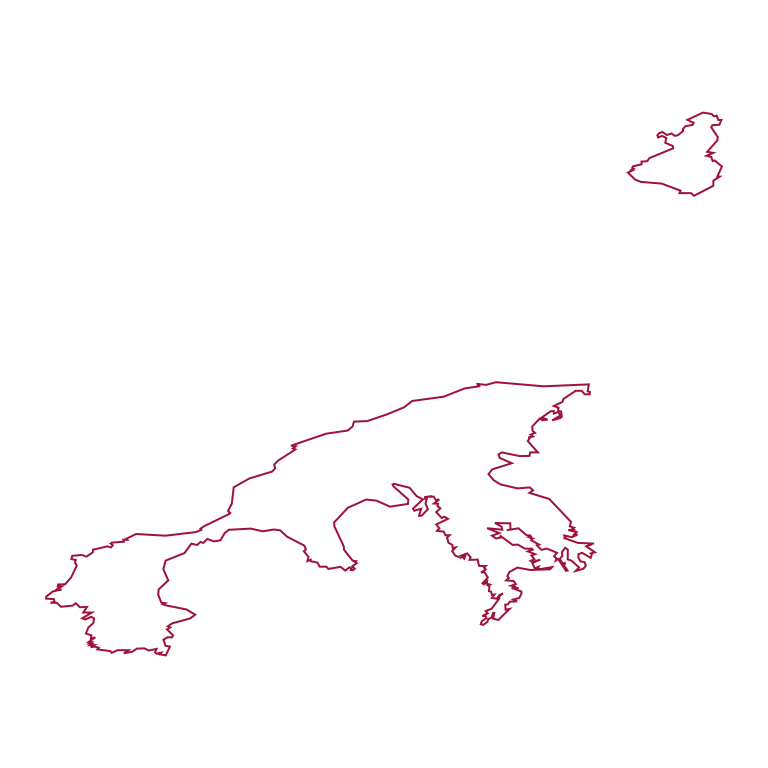 the district of Værøy nor, Norway
{"feature_id": "86288312B52145854471889", "entity_name": "Værøy nor", "entity_type": "district", "adm_level": 2, "iso_a3": "NOR", "parent_name": "Norway", "parent_adm1": "", "projection": "robinson", "projection_center": [12.676, 67.694], "detail": "fine", "context": "isolated", "style": "outline", "palette": "rose", "viewbox_px": 768, "rotation_deg": 0, "n_neighbors": 0, "source": "geoboundaries", "source_scale": "gbopen_adm2", "svg_char_len": 6078}
<svg xmlns="http://www.w3.org/2000/svg" viewBox="0 0 768 768"><path d="M543.3,386.3L496.0,382.2L486.0,384.9L477.5,383.9L478.0,385.9L480.3,386.1L464.8,388.4L443.7,396.7L412.1,401.0L404.3,407.2L387.4,414.2L367.2,421.1L354.0,421.6L352.5,426.5L347.8,430.5L326.2,433.7L291.0,445.7L295.8,446.3L292.9,448.4L295.5,449.4L278.4,460.4L274.2,464.6L275.2,468.4L272.0,471.6L249.5,478.4L233.7,487.3L231.8,503.8L228.0,511.0L230.1,512.8L228.5,513.5L230.4,513.4L204.5,526.0L200.4,528.7L201.3,529.9L195.8,532.1L165.4,535.7L136.1,534.0L126.3,538.8L127.3,539.8L123.3,539.7L124.0,541.7L111.9,542.6L110.6,543.5L112.8,545.2L111.1,547.4L107.2,546.4L93.0,549.7L92.8,552.4L86.5,556.6L81.8,555.0L72.2,555.8L71.4,559.1L75.8,560.0L75.0,562.7L76.8,565.5L71.2,577.3L65.2,584.2L58.1,584.5L57.7,586.4L61.6,586.5L55.5,590.1L61.7,589.5L52.9,591.4L46.3,596.5L46.1,598.6L53.9,599.1L54.6,601.7L50.5,602.8L56.8,602.8L61.0,606.8L72.6,605.6L75.8,603.3L79.8,607.2L87.0,607.0L83.3,612.5L91.8,612.6L82.3,618.3L85.2,619.5L91.3,616.8L94.1,618.5L93.3,623.2L88.4,627.4L85.9,633.5L91.4,635.4L90.9,638.5L95.3,637.3L88.7,642.0L91.5,642.2L89.2,643.6L92.0,643.8L90.0,645.2L94.2,645.2L90.8,647.2L94.9,646.6L98.7,647.8L97.4,649.4L110.3,651.1L111.7,652.9L117.6,650.2L128.5,650.2L123.9,653.3L132.3,651.7L136.9,648.6L144.5,648.4L148.8,650.5L156.6,648.9L155.0,652.3L156.6,653.7L161.1,652.7L159.7,654.3L165.8,655.4L169.9,646.6L165.5,645.8L163.4,639.7L167.7,637.2L172.0,637.4L173.0,635.3L167.0,629.4L170.2,627.4L167.8,626.3L172.3,623.3L190.2,618.4L195.2,614.7L186.6,609.5L165.6,605.3L162.9,604.3L165.1,603.2L161.3,602.6L158.2,594.6L158.7,589.4L168.3,580.4L163.3,569.1L165.6,560.6L184.6,553.0L191.4,543.6L197.1,545.0L200.4,542.0L203.4,542.9L207.3,538.9L213.8,541.4L220.4,540.3L224.6,533.2L228.8,529.8L250.7,528.6L262.8,531.3L273.9,529.5L280.4,530.4L286.9,536.6L304.3,545.6L305.9,549.4L303.9,551.2L308.5,556.9L307.4,561.1L310.7,559.7L310.7,561.2L317.4,562.6L319.7,566.7L326.3,566.7L328.3,568.9L340.5,566.9L345.3,570.6L349.4,567.3L351.4,568.5L350.8,570.0L353.1,570.1L354.8,568.7L352.2,566.4L356.7,563.2L355.2,562.3L356.1,561.2L352.7,560.7L344.1,549.9L343.7,546.2L334.4,526.4L334.1,522.5L347.8,507.8L366.3,499.5L376.6,500.7L390.1,506.7L408.0,503.9L408.3,499.5L393.6,486.5L392.6,484.5L394.0,483.8L409.7,487.8L416.6,496.1L422.9,499.4L413.0,508.6L414.2,510.7L421.1,508.8L419.0,515.8L421.8,515.6L427.9,509.1L425.5,503.6L426.9,498.3L424.8,498.6L425.1,497.0L432.1,496.1L431.2,496.7L433.7,496.7L435.8,500.1L439.3,499.4L434.1,503.5L438.0,503.8L437.5,506.0L440.4,508.3L436.2,512.1L441.8,518.1L444.3,516.6L448.0,518.8L436.2,524.5L439.4,528.2L437.0,530.8L443.8,531.7L445.5,535.3L449.6,535.2L447.1,537.6L448.5,542.8L452.4,544.9L452.7,548.1L455.6,547.5L452.2,551.0L455.2,555.6L460.7,557.7L462.1,556.4L464.2,558.7L465.3,555.9L462.0,555.3L467.2,553.4L470.6,557.2L469.6,559.9L477.7,559.6L479.0,565.9L485.7,566.0L484.0,567.6L485.7,569.4L481.0,572.6L484.4,572.0L487.8,577.5L482.5,583.3L484.0,584.4L487.1,581.4L486.9,583.7L489.8,584.6L487.9,585.4L489.4,586.3L489.0,591.2L491.1,591.7L491.9,594.9L494.5,594.5L491.9,597.9L496.7,598.7L499.3,595.2L503.0,593.4L499.2,596.3L499.4,598.3L491.5,608.8L485.7,611.0L487.7,613.3L482.3,616.0L485.5,616.0L486.4,618.0L481.7,621.4L480.8,624.2L483.3,624.8L487.3,622.0L488.3,619.1L491.7,617.5L493.1,612.9L494.3,613.0L493.1,618.6L498.3,620.0L509.6,608.9L505.6,609.7L505.2,604.7L508.0,604.3L509.6,601.7L517.1,601.4L513.3,599.5L519.3,598.0L521.5,593.4L521.3,591.5L514.5,588.9L518.6,587.9L511.7,588.6L514.7,586.6L511.1,585.7L515.7,584.1L513.7,581.0L506.2,580.4L508.8,577.9L507.4,576.1L509.5,572.0L517.4,567.6L530.4,570.0L550.0,569.3L552.1,567.1L540.3,569.1L537.9,568.3L538.6,566.7L534.7,568.5L532.4,563.0L540.2,559.6L533.0,561.9L530.7,560.9L534.4,559.1L531.4,555.5L535.1,554.2L527.9,551.4L532.7,549.6L531.9,548.7L524.8,548.6L517.9,544.6L512.6,544.9L499.9,535.5L501.3,537.4L496.1,538.5L492.0,535.7L499.3,533.1L487.1,528.2L502.3,529.7L501.6,526.7L494.9,523.0L510.2,523.3L510.5,529.5L506.7,530.2L518.5,528.3L526.6,535.3L530.9,535.5L528.2,536.0L531.9,536.7L529.3,537.3L532.4,538.4L531.3,538.7L532.2,540.1L530.4,539.8L539.1,544.6L536.9,545.4L541.4,549.8L546.9,548.6L557.0,552.8L554.1,556.3L556.5,558.4L555.7,560.6L558.2,559.0L566.0,570.9L567.5,570.5L563.0,563.8L564.9,563.7L564.7,562.9L562.9,563.7L559.7,558.9L562.4,556.0L561.9,552.2L565.2,547.8L567.8,549.6L567.7,559.4L571.6,560.7L579.0,567.4L575.6,571.0L583.5,568.7L585.8,565.6L584.5,562.1L580.5,561.4L578.3,557.6L578.4,554.2L582.1,552.8L590.7,557.9L591.9,554.1L590.9,553.4L595.0,552.3L586.2,546.3L591.8,544.4L587.8,543.8L594.2,543.6L577.8,542.9L564.5,538.1L565.8,536.8L563.3,535.2L572.0,537.2L577.5,534.7L574.1,534.5L576.6,532.1L568.3,530.1L573.2,529.6L572.1,529.1L574.0,527.8L569.8,526.3L571.0,521.9L549.3,499.0L529.4,492.9L533.1,490.4L529.8,487.4L517.6,488.4L500.5,484.4L493.9,480.4L488.5,474.1L492.1,469.4L511.8,463.2L499.7,457.9L498.5,454.4L501.8,452.4L519.7,456.1L529.5,455.9L530.1,452.4L537.9,452.4L527.8,441.1L530.0,437.6L528.2,437.4L533.0,436.5L530.6,434.7L535.1,432.9L532.6,430.8L532.2,426.5L539.7,418.6L542.5,420.2L547.7,419.6L541.5,417.7L550.6,411.3L553.7,411.1L553.9,413.6L557.8,412.0L560.7,415.2L552.1,420.4L560.2,418.1L561.8,416.7L561.2,411.5L558.4,410.8L557.9,408.2L559.3,408.0L553.8,406.0L562.3,402.0L563.5,398.9L575.7,390.8L581.6,390.8L584.9,394.4L589.7,394.2L589.9,392.0L587.7,391.3L588.8,384.4L543.3,386.3ZM703.0,112.6L687.4,119.9L693.6,122.9L692.5,124.9L685.4,126.2L682.9,129.1L683.2,130.9L678.0,135.2L675.0,135.9L671.4,133.5L666.9,135.0L662.4,132.0L658.9,133.4L657.3,135.4L658.2,137.5L662.1,135.9L666.3,138.0L665.3,142.8L672.8,146.0L673.2,148.3L649.4,158.1L647.2,161.2L641.5,161.6L641.6,164.3L633.1,166.3L632.2,167.8L633.7,168.7L631.7,169.8L632.9,170.2L627.9,172.6L635.3,179.7L641.0,181.9L661.7,183.6L680.5,190.7L679.5,193.1L691.0,193.1L694.0,195.8L713.3,185.8L713.4,180.6L719.7,176.6L717.4,176.5L721.9,166.5L714.7,160.5L712.7,161.1L711.3,157.0L706.6,155.8L713.3,152.9L707.2,151.8L717.4,140.3L717.7,136.9L711.2,127.3L712.4,125.2L719.4,124.7L721.4,119.9L718.4,120.0L716.6,115.6L714.0,116.4L711.7,114.0L703.0,112.6Z" fill="none" stroke="#9f1239" stroke-width="2"/></svg>